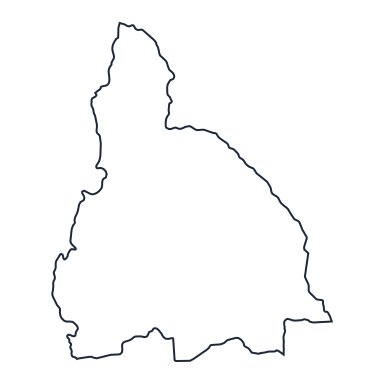 the border of San Juan
{"feature_id": "ARG-1273", "entity_name": "San Juan", "entity_type": "Province", "adm_level": 1, "iso_a3": "ARG", "parent_name": "Argentina", "parent_adm1": "", "projection": "robinson", "projection_center": [-68.983, -30.369], "detail": "fine", "context": "isolated", "style": "outline", "palette": "slate", "viewbox_px": 384, "rotation_deg": 0, "n_neighbors": 0, "source": "natural_earth", "source_scale": "10m", "svg_char_len": 5870}
<svg xmlns="http://www.w3.org/2000/svg" viewBox="0 0 384 384"><path d="M97.8,168.3L96.7,168.0L96.2,166.6L96.5,165.4L99.0,161.5L100.0,158.3L100.4,155.1L100.8,143.6L99.8,136.1L99.2,135.0L97.3,133.3L96.6,131.7L96.6,129.7L96.9,127.1L96.9,124.6L95.2,116.4L94.9,115.4L94.5,114.4L93.9,113.6L93.2,109.2L91.5,105.6L91.4,104.2L91.6,100.0L92.3,98.3L95.4,96.6L96.0,95.9L96.4,95.1L96.3,94.5L95.4,93.4L95.3,92.9L95.7,92.4L96.4,92.0L97.5,91.0L99.5,89.7L100.3,88.9L100.7,87.9L100.8,87.2L101.1,86.8L102.3,86.3L105.9,85.6L107.5,84.8L108.9,82.9L109.3,81.1L109.4,78.8L109.0,74.5L108.7,72.8L108.6,71.0L108.9,69.3L109.5,67.7L110.2,66.4L111.1,65.3L111.5,64.5L111.5,63.1L111.7,62.3L113.8,58.4L114.0,56.8L113.7,54.9L112.7,51.3L112.3,49.4L112.5,46.4L113.4,43.6L114.8,41.0L116.3,38.8L116.9,38.4L117.5,38.2L117.9,37.9L118.2,37.0L118.4,27.9L119.7,23.0L124.6,24.4L125.2,24.7L126.6,25.6L127.8,26.2L128.8,26.3L129.7,26.2L131.7,25.4L132.5,25.2L132.9,25.2L133.4,25.5L133.9,26.0L135.4,28.6L135.9,29.0L136.8,29.6L138.1,30.0L141.7,29.6L142.9,30.2L153.6,39.6L155.7,42.0L156.7,45.1L157.8,47.0L158.6,49.7L159.2,53.0L160.0,55.4L164.9,59.9L166.1,61.3L167.0,63.0L167.7,65.7L168.9,68.9L169.4,69.8L170.2,70.6L172.0,72.1L172.8,72.9L173.6,74.2L174.2,75.7L174.2,76.4L174.1,77.3L173.4,78.7L172.6,79.3L170.9,79.9L170.1,80.5L169.5,81.3L167.6,84.6L167.2,87.4L167.2,91.3L167.5,94.5L168.6,95.8L169.9,97.1L170.5,98.7L171.2,100.0L171.7,100.7L171.8,101.1L171.7,101.7L171.3,102.4L170.5,103.0L169.7,103.2L169.3,103.9L169.1,105.1L168.6,110.2L169.0,112.6L169.0,113.4L168.8,114.2L168.6,114.7L167.5,116.1L166.6,117.8L166.1,119.3L165.6,123.7L165.8,126.1L165.9,127.0L166.3,127.5L166.6,127.9L169.2,129.1L170.9,129.0L175.0,127.6L175.6,127.6L176.4,127.8L178.4,128.7L179.3,128.8L180.4,128.8L181.6,128.6L185.4,126.9L187.5,126.4L189.4,126.2L190.9,126.6L195.1,129.4L196.3,129.9L198.3,130.1L202.0,129.7L204.2,129.8L213.3,133.0L215.4,133.2L216.0,133.5L216.5,133.9L218.2,136.8L219.4,137.9L222.2,140.0L226.5,142.9L227.4,143.7L228.0,144.6L229.0,147.4L229.9,148.0L233.2,149.0L234.8,150.3L238.3,154.1L238.6,155.3L239.2,156.9L239.6,157.4L240.1,157.9L242.7,159.5L243.1,159.9L243.7,160.5L245.6,163.6L246.6,164.7L248.6,166.3L249.6,166.9L253.2,168.4L254.1,169.4L256.0,172.5L256.8,173.5L266.9,181.6L267.5,182.4L269.7,186.0L270.7,188.1L271.4,191.7L271.8,192.9L272.7,194.0L277.5,197.1L278.3,198.1L280.2,201.8L280.6,202.5L281.6,203.6L284.6,206.3L286.1,207.3L287.9,209.0L291.3,214.7L291.8,215.4L293.7,218.3L294.2,219.0L294.7,219.4L297.8,220.8L298.8,221.6L299.6,222.7L302.4,229.8L303.2,231.2L304.1,232.6L305.3,234.8L306.6,236.9L306.8,238.1L304.1,247.0L304.3,249.5L308.3,253.2L304.9,276.6L305.7,278.7L308.2,283.8L308.7,285.6L308.7,290.2L308.8,291.1L309.7,292.6L315.6,298.5L316.3,299.1L317.7,299.6L322.0,300.1L322.5,300.3L322.9,300.8L323.0,301.9L323.0,303.8L323.9,307.3L323.9,309.8L324.1,310.4L324.4,310.9L325.1,311.6L325.7,311.8L326.7,311.7L327.3,312.0L328.0,312.7L329.9,316.2L331.7,321.5L313.3,322.5L310.1,321.8L309.4,321.3L308.5,320.4L307.8,320.1L305.3,319.4L304.5,319.3L303.8,319.4L301.3,320.2L295.2,320.6L293.7,320.5L292.6,320.3L290.3,319.5L287.3,318.9L285.7,319.9L284.9,320.6L284.4,321.5L284.1,322.8L284.2,324.2L284.6,327.1L284.5,328.8L285.0,330.0L285.1,330.9L284.9,331.9L283.7,335.7L283.5,337.5L283.6,339.5L283.8,340.8L283.6,346.0L283.8,348.7L283.6,354.6L278.3,350.8L276.4,350.4L275.7,351.1L274.9,351.4L273.9,351.5L269.1,351.5L264.8,352.5L262.8,352.8L262.2,352.8L261.0,353.3L260.3,353.1L259.9,353.2L258.6,353.8L251.9,352.6L251.4,352.2L249.7,349.7L248.8,348.7L247.8,347.9L245.1,346.5L244.2,345.7L243.5,342.8L242.7,341.7L240.9,339.6L238.3,338.0L235.8,337.9L227.8,340.0L227.0,340.5L224.2,342.9L221.6,344.0L220.1,344.4L211.4,345.0L210.4,345.5L209.8,346.3L208.8,348.0L206.4,350.0L193.7,358.8L190.0,360.8L175.8,361.0L175.1,360.6L174.6,360.0L173.2,338.6L173.0,338.3L172.6,338.2L171.6,338.2L168.2,338.9L165.7,338.7L164.7,338.1L163.3,336.8L162.3,335.3L161.6,333.8L158.7,330.2L157.1,328.8L156.1,328.4L154.9,328.3L154.2,328.3L153.4,328.8L152.2,330.7L151.8,331.0L151.3,331.3L150.5,331.5L149.5,331.8L149.2,332.0L148.7,333.0L147.5,335.7L146.9,336.4L146.5,336.7L144.6,337.1L141.0,336.4L137.1,336.4L135.2,336.6L134.8,336.7L133.4,337.6L131.6,339.1L130.7,339.6L129.2,340.4L124.7,341.8L123.6,342.4L123.3,342.7L122.5,343.7L122.1,344.7L122.1,345.2L122.3,350.0L122.2,351.1L121.9,352.1L121.5,352.9L121.1,353.3L119.7,354.2L119.1,354.4L110.8,354.8L96.7,358.3L93.4,357.6L91.7,356.8L88.8,356.9L77.7,358.6L76.9,359.0L75.9,357.7L74.2,357.0L73.0,356.8L72.1,356.1L71.5,354.0L71.5,353.3L71.7,351.7L71.7,350.9L71.4,349.9L70.5,348.1L70.3,347.1L70.5,346.3L71.0,344.9L71.1,344.1L70.8,343.5L69.6,342.6L69.3,341.8L69.3,340.1L69.2,339.4L68.7,338.7L67.5,337.4L67.2,336.6L67.3,335.6L68.3,334.7L69.8,334.9L72.9,336.2L74.7,336.1L75.4,335.3L75.9,332.1L76.6,330.9L77.3,329.9L77.8,328.8L77.6,327.1L76.8,325.7L75.3,324.1L73.8,322.7L72.6,321.9L69.4,321.5L66.7,321.6L64.3,320.9L61.6,318.2L60.8,316.6L60.2,314.7L59.9,312.6L60.0,309.0L59.2,307.6L57.0,305.0L53.1,297.1L52.4,294.9L52.3,293.4L53.0,289.6L53.3,286.5L53.2,283.3L53.4,281.7L54.7,279.0L54.9,277.4L54.5,275.5L54.0,273.9L53.8,272.3L55.4,268.9L55.7,267.4L55.7,264.1L55.8,262.4L56.2,261.0L60.2,254.5L61.1,253.9L62.5,254.6L63.1,256.4L63.4,258.3L64.3,259.4L65.4,259.1L66.5,258.0L67.4,256.6L68.0,254.1L68.7,252.5L70.4,249.8L71.7,249.1L74.8,249.6L75.7,249.3L75.6,248.2L74.7,247.1L72.6,245.2L71.4,243.8L70.7,242.4L70.4,240.9L71.7,229.1L72.8,226.1L73.1,225.4L74.4,223.7L74.9,222.6L74.8,221.8L74.6,220.9L74.6,219.8L74.9,218.1L75.3,216.8L76.7,214.1L77.8,211.1L79.1,204.6L80.5,202.1L81.8,201.3L82.9,200.7L83.9,199.8L84.4,198.1L84.0,196.3L82.2,193.2L82.2,191.6L84.1,190.7L90.2,193.8L92.6,194.4L95.2,193.7L97.4,192.5L99.3,190.9L101.2,188.6L101.9,187.2L102.1,185.6L102.2,182.4L102.5,180.8L102.7,180.0L103.1,179.3L103.7,178.6L105.2,178.0L105.8,177.4L106.7,174.2L105.7,171.2L103.4,168.9L100.7,167.9L97.8,168.3Z" fill="none" stroke="#1e293b" stroke-width="2"/></svg>